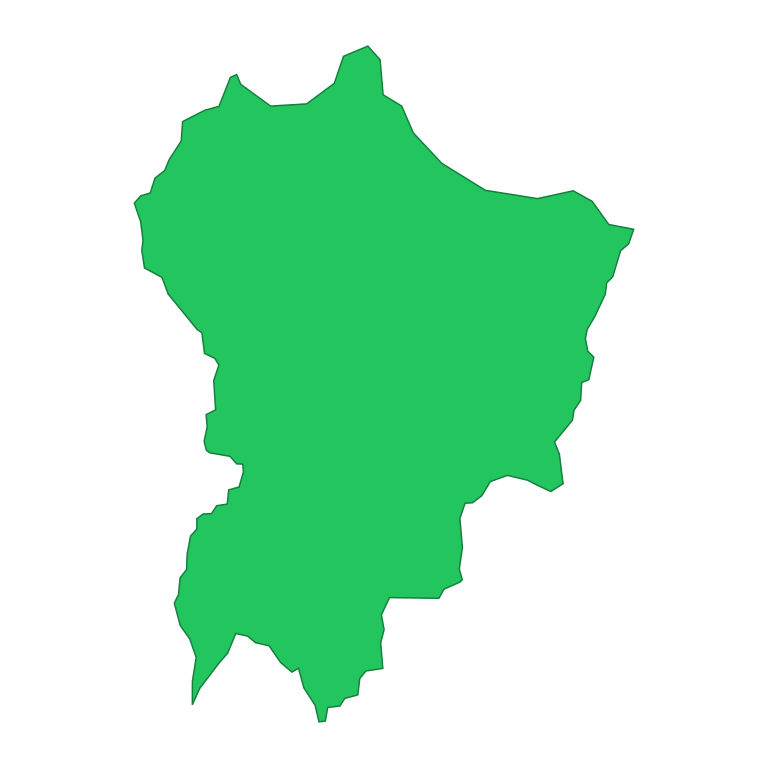 outline of Luquillo, Puerto Rico
{"feature_id": "32010507B254490582873", "entity_name": "Luquillo", "entity_type": "district", "adm_level": 2, "iso_a3": "PRI", "parent_name": "Puerto Rico", "parent_adm1": "", "projection": "equal_earth", "projection_center": [-65.727, 18.339], "detail": "fine", "context": "isolated", "style": "filled", "palette": "green", "viewbox_px": 768, "rotation_deg": 0, "n_neighbors": 0, "source": "geoboundaries", "source_scale": "gbopen_adm2", "svg_char_len": 1954}
<svg xmlns="http://www.w3.org/2000/svg" viewBox="0 0 768 768"><path d="M633.7,229.3L608.8,224.5L592.1,201.3L574.7,191.6L573.3,190.8L570.5,191.4L537.5,198.6L523.6,196.4L485.3,190.3L441.6,163.2L436.2,157.4L426.6,147.1L423.2,143.4L422.9,143.2L413.3,132.9L412.3,130.5L406.3,116.7L406.1,116.2L401.7,106.1L395.9,102.5L383.1,94.8L382.4,86.7L381.2,72.3L380.1,59.7L367.8,46.1L360.5,49.2L355.4,51.3L343.5,56.3L334.3,83.3L319.1,94.6L306.6,103.9L302.9,104.1L295.6,104.6L288.1,105.0L278.7,105.6L275.3,105.8L270.6,106.1L240.8,84.4L238.2,78.3L236.6,74.6L230.4,77.4L219.0,106.3L204.6,110.3L182.6,121.6L181.2,141.0L169.3,159.4L164.7,170.5L155.0,178.1L150.2,193.0L140.8,195.8L134.3,203.1L140.7,221.8L143.0,240.4L141.8,250.4L144.5,268.0L162.0,277.4L168.2,294.1L197.4,329.8L201.9,332.7L204.5,353.4L214.8,358.4L218.9,365.0L213.7,380.7L215.6,409.8L206.1,414.6L207.2,426.8L204.1,441.3L206.4,450.3L209.7,452.8L229.9,456.3L236.8,463.9L242.7,464.1L243.4,471.8L239.1,487.0L228.7,489.8L227.2,504.1L216.7,505.7L211.5,513.6L203.1,514.0L196.8,518.7L196.9,529.0L190.5,536.1L187.1,554.4L186.6,569.5L180.1,577.8L178.5,594.6L174.3,603.1L180.2,625.4L189.8,639.0L196.2,657.4L192.4,681.3L192.3,704.8L199.6,688.6L218.5,663.7L227.7,653.1L235.8,633.5L247.6,636.1L255.5,642.7L269.1,645.8L280.7,662.6L291.9,672.1L298.5,668.3L303.9,687.9L315.1,705.3L319.0,721.9L325.4,721.0L327.7,707.5L339.9,706.0L344.8,698.4L357.8,694.9L359.8,678.5L365.9,671.0L382.8,668.4L380.7,642.8L384.1,629.7L381.4,614.9L389.5,597.6L438.9,598.3L444.0,589.2L460.1,582.0L462.3,579.7L459.3,569.1L462.4,547.5L459.9,518.4L465.1,503.2L472.5,502.8L481.8,495.7L490.3,481.6L507.2,475.4L527.6,480.2L537.2,485.2L550.8,491.5L563.2,483.6L562.6,480.1L559.4,454.2L554.5,442.0L572.5,420.1L574.0,410.2L580.6,400.5L581.7,382.5L588.8,379.8L593.8,357.2L587.8,351.2L585.4,338.6L587.2,329.4L595.1,316.0L605.2,294.4L606.1,288.2L606.6,282.9L612.7,276.9L620.6,250.7L628.7,243.8L633.7,229.3Z" fill="#22c55e" stroke="#15803d" stroke-width="1.5"/></svg>